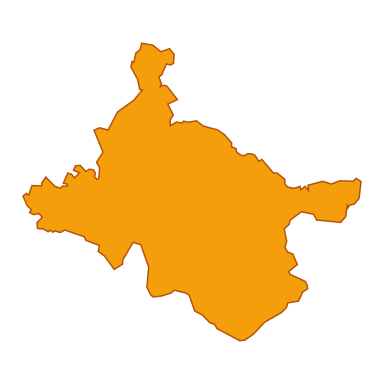 outline of Shtip, Štip, North Macedonia
{"feature_id": "65306769B54195317631303", "entity_name": "Shtip", "entity_type": "district", "adm_level": 2, "iso_a3": "MKD", "parent_name": "North Macedonia", "parent_adm1": "Štip", "projection": "robinson", "projection_center": [22.163, 41.717], "detail": "fine", "context": "isolated", "style": "filled", "palette": "amber", "viewbox_px": 384, "rotation_deg": 0, "n_neighbors": 0, "source": "geoboundaries", "source_scale": "gbopen_adm2", "svg_char_len": 2098}
<svg xmlns="http://www.w3.org/2000/svg" viewBox="0 0 384 384"><path d="M37.5,228.5L43.8,229.1L48.1,231.8L50.2,230.2L52.8,232.2L55.0,231.0L60.5,232.5L64.8,230.0L84.3,236.8L85.8,240.3L99.5,245.5L98.2,251.4L104.5,256.0L114.2,269.4L122.6,264.1L122.6,260.2L133.0,242.4L140.8,244.7L148.7,267.1L146.9,287.2L150.9,295.2L153.4,297.0L161.5,296.0L171.2,293.0L174.3,290.2L185.6,292.9L189.2,295.2L194.8,311.1L202.3,314.9L209.8,322.7L214.6,324.3L217.1,328.6L239.7,340.7L245.1,340.0L253.4,334.2L264.7,322.1L281.0,312.9L286.4,307.7L287.9,302.8L298.4,301.2L302.8,291.8L307.6,288.9L307.4,286.0L305.5,281.5L289.7,274.2L288.8,271.5L297.3,264.5L292.9,254.2L287.6,252.0L284.9,247.5L286.7,241.2L284.2,228.8L289.0,224.5L290.3,220.0L301.4,211.8L313.5,214.2L316.6,220.0L340.6,222.4L345.7,216.6L347.2,205.6L348.1,207.7L349.8,205.1L354.4,204.0L359.1,198.3L361.0,181.5L356.0,178.3L353.4,181.3L339.9,180.8L331.2,184.1L323.0,181.3L308.1,185.2L308.3,190.4L305.1,186.4L300.8,189.7L300.1,186.4L293.8,188.4L287.6,187.0L285.0,184.3L284.8,179.3L277.0,172.9L273.5,173.1L261.9,159.5L258.8,161.3L254.9,155.2L252.2,154.0L247.8,153.6L243.9,156.0L240.2,154.7L236.3,151.7L236.3,148.9L231.4,146.6L231.7,143.0L224.5,134.7L217.3,129.8L203.4,126.1L196.4,120.8L188.2,122.3L183.5,121.1L182.1,123.1L176.7,122.0L170.2,125.7L170.2,119.6L173.3,115.2L167.8,104.0L177.4,99.6L166.9,86.1L163.3,85.2L160.3,86.8L161.4,83.5L158.8,76.8L161.7,74.9L166.5,63.9L170.4,65.1L173.6,63.3L174.1,54.2L169.5,48.7L160.9,51.7L152.9,45.2L141.6,43.3L140.3,49.4L135.9,53.1L133.8,62.3L132.0,61.5L131.0,67.2L137.6,79.3L139.7,89.4L142.4,89.9L133.8,100.2L117.6,111.9L108.1,130.0L99.7,127.8L94.0,130.2L103.0,152.2L96.5,162.3L99.6,167.7L98.8,178.2L97.2,179.5L94.4,176.8L95.5,173.2L93.4,169.8L89.2,169.2L85.7,171.5L80.2,165.4L75.5,165.8L73.5,170.3L79.5,172.7L74.5,178.0L71.5,174.2L67.8,173.1L63.3,183.1L67.6,184.3L67.3,186.4L62.9,185.9L60.3,188.2L54.8,186.3L45.8,177.1L41.6,183.1L41.8,185.9L32.0,185.6L28.6,195.3L26.4,193.4L23.0,196.1L27.2,205.7L31.2,209.5L29.7,212.5L33.4,214.6L38.8,213.5L42.3,217.4L37.0,222.6L37.5,228.5Z" fill="#f59e0b" stroke="#b45309" stroke-width="1.5"/></svg>